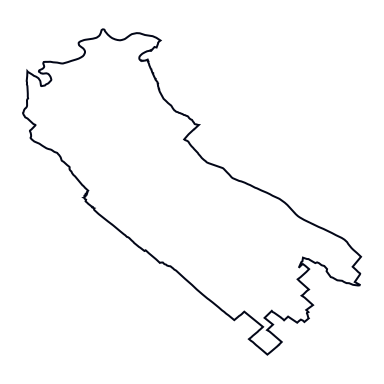 outline of Hudesti, Botosani, Romania
{"feature_id": "2599482B81424003369239", "entity_name": "Hudesti", "entity_type": "district", "adm_level": 2, "iso_a3": "ROU", "parent_name": "Romania", "parent_adm1": "Botosani", "projection": "equal_earth", "projection_center": [26.51, 48.142], "detail": "fine", "context": "isolated", "style": "outline", "palette": "ink", "viewbox_px": 384, "rotation_deg": 0, "n_neighbors": 0, "source": "geoboundaries", "source_scale": "gbopen_adm2", "svg_char_len": 5691}
<svg xmlns="http://www.w3.org/2000/svg" viewBox="0 0 384 384"><path d="M267.4,354.6L271.1,351.6L277.8,345.9L277.7,345.9L281.7,342.0L269.5,331.5L267.1,330.1L273.0,324.6L264.6,317.9L271.8,310.9L272.8,312.1L274.1,312.7L281.1,317.6L281.4,318.0L282.6,318.8L284.1,320.3L288.1,316.6L297.2,322.7L298.8,321.2L300.9,319.6L303.1,320.7L304.4,322.0L308.8,318.3L308.3,317.8L307.5,314.6L306.9,313.4L307.0,312.9L308.4,312.1L306.3,310.0L313.0,305.1L304.5,297.5L301.7,295.7L303.2,294.6L306.7,291.1L308.9,289.5L299.7,281.3L297.7,279.3L300.5,277.2L306.3,272.0L309.1,269.1L305.4,265.9L302.8,264.0L300.7,265.8L298.8,267.8L301.4,262.0L302.4,261.4L303.0,257.7L306.9,259.0L308.6,259.1L309.8,259.9L315.3,263.1L317.1,262.4L318.9,263.1L321.6,265.2L324.3,266.0L327.1,269.1L326.6,271.3L330.8,277.1L332.6,277.6L337.3,280.3L342.1,280.8L344.1,282.0L346.5,283.1L349.1,283.2L353.0,284.8L358.1,285.5L359.6,285.3L359.8,284.8L354.8,282.0L359.8,274.7L360.2,273.8L359.8,273.2L358.4,272.2L356.0,269.8L352.7,266.8L361.0,256.8L357.1,253.1L353.3,249.8L351.5,248.0L348.4,244.2L347.1,242.1L344.5,239.7L341.7,237.9L336.0,235.2L332.1,233.1L323.4,228.9L318.6,226.9L304.1,219.9L299.6,217.3L297.9,216.1L295.8,214.2L287.4,205.0L284.7,202.6L279.8,199.1L278.7,198.5L272.5,195.7L270.1,194.3L266.8,192.7L261.5,190.5L257.1,188.4L255.1,187.7L250.2,185.1L247.9,184.2L244.8,182.7L241.3,181.4L239.1,180.9L232.8,178.2L231.7,177.4L229.2,174.5L227.1,172.4L223.7,168.8L222.8,168.1L208.7,163.2L207.1,162.5L206.5,162.1L205.9,161.4L203.8,159.8L201.8,158.0L200.0,155.7L198.6,154.2L197.9,153.0L193.8,148.7L193.3,148.0L191.5,146.2L190.0,144.3L188.3,141.6L187.0,140.8L185.0,140.0L184.2,139.4L188.6,134.3L194.1,129.2L194.2,129.3L198.8,125.0L197.9,124.9L196.5,124.4L195.4,124.3L194.7,124.0L194.3,123.5L194.0,122.7L193.1,121.7L192.0,119.9L190.8,119.4L189.8,118.7L189.1,118.0L188.2,116.7L187.6,116.2L186.3,115.8L185.2,115.2L183.7,114.9L182.6,114.1L181.4,113.7L180.1,113.1L178.8,112.8L177.9,112.2L176.4,111.8L175.7,111.4L175.2,110.8L174.4,110.4L172.9,108.4L171.3,105.7L168.2,103.2L166.1,101.1L163.6,98.8L159.8,91.8L158.8,89.0L159.1,88.9L158.1,86.3L158.0,85.8L158.1,85.3L157.8,84.5L158.1,83.6L157.6,83.2L157.6,82.9L157.7,82.6L157.6,82.3L155.4,79.5L155.4,79.3L155.7,79.0L155.7,78.8L155.2,78.6L154.5,77.3L152.8,73.5L153.2,73.3L153.2,73.1L152.4,72.5L152.1,72.0L151.7,70.6L151.5,70.3L151.4,69.3L151.2,69.1L150.8,68.8L149.2,65.0L149.1,64.1L147.9,61.5L148.4,61.3L147.7,59.6L147.0,59.9L145.0,60.6L143.4,60.7L142.9,61.0L141.7,60.4L141.2,60.9L140.0,59.9L139.4,59.0L139.3,58.2L139.4,57.2L139.7,56.4L140.8,55.1L142.4,53.7L144.7,52.4L147.0,51.3L149.4,50.8L150.6,50.2L150.7,50.9L151.1,50.9L154.5,47.0L156.6,47.5L158.1,43.5L158.1,42.8L159.0,41.6L160.5,40.5L156.4,37.8L152.7,36.2L145.0,35.0L139.8,33.3L136.7,33.1L132.0,34.1L130.4,35.0L125.2,38.8L124.1,39.3L121.8,40.0L120.0,40.3L117.5,40.0L115.2,39.4L112.3,38.2L110.4,36.9L107.8,34.6L105.0,31.2L104.7,30.1L104.3,29.7L103.8,29.4L102.6,29.4L101.6,30.1L100.7,33.2L99.7,35.2L99.0,36.0L97.1,37.4L96.0,37.9L92.8,38.7L85.2,39.8L83.9,40.1L80.4,41.4L78.9,42.5L78.7,43.0L78.7,43.5L78.9,44.6L79.1,45.2L79.9,46.0L83.3,48.5L84.3,49.8L84.8,50.8L85.0,51.4L85.0,52.4L84.9,52.9L84.0,54.9L82.9,56.2L81.2,57.3L78.7,58.6L76.1,59.5L71.4,60.9L67.9,62.1L62.9,63.5L61.1,63.4L57.2,62.6L53.2,62.3L50.6,61.8L44.9,61.9L43.8,62.0L43.5,62.5L43.3,63.7L44.0,65.5L44.2,66.7L44.0,67.3L43.2,68.3L42.0,69.1L39.5,70.2L39.1,70.7L38.9,71.3L39.1,71.9L39.8,72.1L40.7,73.1L41.4,73.4L42.1,73.4L42.8,73.7L46.3,73.3L47.4,73.6L48.0,73.8L48.9,74.5L50.2,76.3L50.7,77.3L51.3,79.4L51.3,79.9L51.1,80.4L48.4,83.3L45.9,84.5L44.9,85.5L41.7,86.1L41.0,85.8L40.4,81.5L40.2,80.9L38.5,78.3L36.3,76.8L33.7,75.7L32.6,74.8L27.9,71.9L27.4,71.3L27.2,76.1L26.7,81.1L27.0,82.2L27.0,84.0L26.9,84.4L27.4,86.0L27.8,93.4L27.8,96.9L28.1,98.5L27.3,99.3L27.0,100.4L27.1,105.5L26.9,106.5L26.6,107.1L26.2,107.7L24.9,108.8L24.1,110.1L23.4,112.5L23.0,113.0L23.5,114.4L24.0,115.4L24.3,115.6L25.2,117.3L27.5,118.5L33.4,124.0L35.4,124.9L35.5,125.1L35.3,125.5L31.5,129.4L30.0,130.6L29.9,131.0L30.7,132.9L31.1,135.0L31.1,136.6L30.6,137.7L30.6,138.0L31.3,138.7L31.4,139.1L34.3,141.5L39.4,143.7L42.3,145.7L46.5,148.3L48.4,149.0L50.5,149.5L51.5,149.9L54.4,151.9L57.2,152.9L58.5,154.5L59.1,155.0L60.6,157.2L60.9,158.0L61.7,160.5L62.2,161.0L63.6,161.8L67.2,165.1L69.5,166.9L69.7,168.0L69.5,168.7L69.6,169.2L69.8,169.8L70.6,170.8L71.4,171.5L72.1,173.1L73.4,174.9L75.1,176.4L82.5,185.3L82.9,185.5L84.4,187.0L84.7,187.5L88.2,190.7L87.7,191.3L87.1,191.8L87.0,192.0L87.3,192.5L87.0,192.7L86.9,192.9L87.1,193.3L87.1,193.8L86.9,194.1L86.7,194.3L86.2,194.3L86.0,193.6L85.7,193.7L85.5,194.2L86.3,194.4L86.4,194.9L85.8,195.0L85.8,195.7L85.6,196.1L85.0,195.6L84.6,195.7L84.9,196.5L84.4,196.8L84.4,197.4L83.9,197.6L84.4,197.8L84.6,198.6L85.2,199.2L86.1,199.7L85.6,201.3L86.8,202.4L87.2,202.7L88.1,203.7L91.4,206.3L91.7,206.4L91.8,206.9L92.5,207.0L92.4,207.5L92.8,207.7L93.1,207.6L93.3,207.6L93.5,208.1L94.1,208.3L93.8,208.5L94.3,210.0L98.6,214.0L108.2,221.6L113.2,225.4L120.6,231.6L123.9,234.3L125.2,235.2L126.9,236.9L127.8,237.1L129.2,238.0L131.6,240.4L133.4,242.0L134.1,242.9L139.2,247.1L140.1,247.6L144.5,251.0L144.9,250.9L145.5,250.3L145.8,250.4L148.8,253.2L156.2,259.4L159.9,262.9L160.5,262.6L162.8,262.5L164.4,264.1L166.2,264.7L167.0,265.5L168.8,266.1L170.5,266.3L172.3,267.8L172.9,268.2L174.2,269.5L176.1,270.6L184.8,278.6L192.0,284.9L196.7,289.4L202.4,294.3L207.7,298.7L208.6,299.3L212.6,302.4L218.7,307.4L222.0,310.3L224.2,311.9L226.1,313.6L228.6,315.4L234.3,320.1L239.4,315.8L240.3,315.3L241.8,314.1L243.6,312.3L244.3,311.7L263.0,326.9L259.8,329.8L258.7,330.7L257.8,331.7L252.7,335.9L251.4,337.2L249.0,339.1L251.0,340.8L252.8,342.0L255.9,344.9L261.1,349.2L267.4,354.6Z" fill="none" stroke="#020617" stroke-width="2"/></svg>